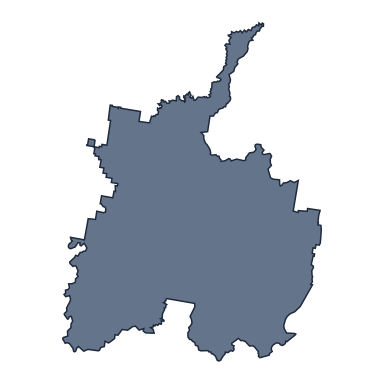 outline of Blue Mountains, New South Wales, Australia
{"feature_id": "25037944B17662775697590", "entity_name": "Blue Mountains", "entity_type": "district", "adm_level": 2, "iso_a3": "AUS", "parent_name": "Australia", "parent_adm1": "New South Wales", "projection": "mercator", "projection_center": [150.399, -33.632], "detail": "fine", "context": "isolated", "style": "filled", "palette": "slate", "viewbox_px": 384, "rotation_deg": 0, "n_neighbors": 0, "source": "geoboundaries", "source_scale": "gbopen_adm2", "svg_char_len": 5927}
<svg xmlns="http://www.w3.org/2000/svg" viewBox="0 0 384 384"><path d="M320.9,225.4L318.0,224.9L318.4,222.6L317.9,222.6L318.7,215.4L320.1,210.4L307.6,208.5L307.2,211.3L298.3,210.6L298.0,212.5L293.2,211.0L298.3,180.5L294.1,182.6L290.4,180.7L286.6,182.7L283.4,183.0L281.8,185.3L280.3,185.9L279.7,184.3L279.5,179.8L273.4,179.2L270.6,177.9L268.2,169.8L268.4,168.6L271.4,165.4L270.4,163.1L270.2,159.4L271.6,156.2L270.2,153.7L269.3,153.5L264.2,154.6L262.5,154.0L262.2,152.5L264.0,150.1L261.2,147.3L260.8,144.7L257.2,144.1L255.4,144.7L255.0,146.6L256.1,149.1L255.3,150.6L253.7,152.2L249.4,152.9L245.8,157.6L245.6,160.1L243.9,160.7L236.6,159.1L231.2,160.9L230.0,158.9L228.7,158.6L225.2,160.7L221.1,161.4L220.8,159.5L219.5,158.3L219.1,156.3L217.6,156.3L215.9,154.7L211.7,155.2L210.3,154.1L210.7,152.5L209.8,149.2L206.9,144.4L205.5,143.3L203.8,139.0L203.8,135.5L201.0,132.5L207.6,131.7L210.0,116.0L213.4,116.1L215.3,113.0L217.4,112.6L218.6,109.4L223.2,107.8L224.1,106.7L225.6,106.7L226.3,103.9L227.5,103.5L230.0,100.5L230.6,99.1L230.4,96.9L229.5,96.5L229.9,92.9L228.7,89.2L229.3,86.6L228.7,84.2L229.9,82.7L230.5,79.8L229.0,74.6L233.7,71.4L234.7,67.6L237.8,63.9L237.1,62.1L238.2,59.0L243.4,56.1L247.2,51.6L248.0,48.9L247.6,46.2L249.0,41.7L250.2,40.6L252.9,40.2L251.4,38.0L253.1,36.9L253.9,35.2L255.5,34.7L255.9,32.9L257.2,31.1L259.4,31.0L260.0,28.8L262.3,26.3L263.4,26.3L263.5,23.8L262.3,23.1L261.2,24.9L258.9,23.0L258.7,25.8L256.5,24.8L255.3,26.6L252.3,27.5L251.1,30.6L248.3,29.5L246.5,31.9L244.4,30.1L242.3,32.8L240.4,30.6L238.2,32.3L236.4,31.4L234.1,32.9L231.6,31.7L231.6,34.2L228.2,35.2L228.4,35.9L231.1,37.3L228.9,40.4L229.9,44.1L226.2,43.9L224.9,45.3L227.0,48.0L225.8,49.0L227.3,51.4L226.4,54.1L227.3,55.3L226.1,57.4L226.9,59.4L225.8,60.2L226.3,61.8L225.5,63.2L226.7,64.6L223.7,66.7L223.3,70.1L216.6,76.9L217.1,77.6L219.9,78.3L221.0,79.8L218.9,81.6L217.6,81.1L216.4,82.1L214.4,81.8L212.0,82.8L211.8,88.0L210.7,89.1L211.3,90.2L210.1,91.5L211.0,93.7L208.9,94.8L210.5,96.2L210.0,97.0L207.1,97.8L206.4,96.7L205.1,97.5L204.4,96.6L201.9,97.4L198.1,97.1L195.5,100.2L194.1,100.3L192.9,96.4L191.8,98.2L189.7,97.2L191.0,95.5L189.6,91.9L188.4,92.8L188.0,94.9L186.8,94.1L185.1,96.0L183.8,95.9L183.7,97.6L185.5,98.0L184.6,99.2L185.4,101.1L184.7,102.1L183.8,100.9L181.6,100.6L179.4,99.1L179.6,97.1L178.1,95.7L176.5,96.6L176.2,100.9L172.4,100.1L170.8,101.2L169.1,100.9L169.7,102.6L169.2,103.1L167.1,103.3L165.4,101.3L164.0,102.0L163.6,100.4L161.5,99.8L161.2,100.6L161.9,101.2L160.8,102.8L159.6,103.9L158.2,103.9L159.6,105.5L161.3,104.9L162.0,106.1L160.9,108.3L160.1,107.6L158.9,108.9L157.6,108.1L157.4,110.1L158.5,111.7L158.0,114.3L156.1,114.6L155.0,116.3L153.8,115.7L153.1,116.6L151.5,116.2L149.7,122.5L149.0,122.8L139.0,121.4L140.5,111.5L120.6,108.2L120.8,107.3L118.5,107.0L118.3,108.3L117.4,107.2L112.2,106.4L112.4,105.4L110.2,105.1L108.3,120.1L110.6,120.5L106.9,145.2L102.0,144.4L101.6,146.7L99.4,146.3L99.0,147.7L94.1,146.7L95.0,140.5L94.5,139.8L88.6,138.8L87.6,144.9L86.9,144.8L86.8,145.5L93.4,146.6L94.8,148.6L93.8,153.7L95.5,154.0L95.1,155.9L98.9,156.5L98.5,158.8L99.0,159.8L100.7,159.3L101.1,160.1L99.8,167.3L103.9,168.0L103.0,173.1L106.7,173.7L106.1,177.3L112.0,178.3L111.3,182.5L117.8,183.6L117.5,186.0L115.2,185.6L115.5,191.5L114.0,191.2L112.8,197.8L101.6,195.8L100.2,203.8L101.2,203.9L103.2,206.6L104.9,207.0L105.7,208.3L105.6,211.9L103.6,212.7L96.8,211.2L95.5,219.4L88.2,218.7L84.4,239.9L70.5,237.3L71.3,240.1L72.4,241.0L68.6,244.6L68.4,247.1L69.5,248.4L70.8,248.7L75.1,247.0L78.1,242.6L80.0,242.8L79.9,245.1L81.1,245.9L84.2,243.3L86.9,247.9L85.6,250.9L83.1,251.4L82.0,252.4L80.1,252.4L77.9,256.1L75.7,255.3L74.4,257.6L69.7,261.9L70.0,263.4L73.0,266.5L74.5,265.8L76.1,266.2L78.1,271.0L76.8,274.3L78.1,276.5L75.6,278.8L75.4,281.8L74.7,282.6L72.0,283.7L68.7,283.8L69.4,287.8L68.0,289.6L65.5,290.1L65.6,293.2L64.0,294.4L65.7,296.7L69.6,295.6L70.5,299.1L70.1,301.2L66.6,307.9L66.8,311.3L64.4,313.5L64.3,314.6L67.5,319.1L68.4,318.9L69.2,316.7L71.3,316.3L72.7,321.3L71.1,323.8L70.9,327.7L67.5,331.1L67.7,336.1L63.1,337.6L62.7,338.9L65.2,343.3L67.0,342.7L69.5,343.6L73.0,348.4L73.6,351.2L74.6,351.8L75.6,351.3L76.8,348.1L78.4,346.5L83.8,351.2L87.9,349.4L98.2,350.8L99.5,350.3L100.8,347.4L104.3,346.6L105.1,341.2L108.2,342.9L109.2,342.6L114.6,338.6L115.0,334.8L118.0,335.2L122.1,329.5L127.7,330.2L132.3,326.8L135.4,326.1L139.1,330.1L143.8,328.6L143.2,331.0L145.7,332.9L154.1,333.2L153.2,329.3L150.6,327.6L153.1,327.0L153.5,325.2L154.9,326.0L155.9,324.6L157.8,325.3L159.2,323.6L161.0,324.3L161.5,323.7L161.3,320.9L163.8,321.3L164.0,320.4L163.2,319.6L160.6,318.7L162.2,317.9L162.5,313.7L164.6,309.4L164.2,308.0L165.7,307.7L165.8,305.7L166.8,304.5L163.6,302.8L164.9,302.4L164.9,301.1L165.9,300.8L166.2,298.9L166.9,298.6L194.6,303.4L194.9,306.8L190.1,316.4L191.4,319.2L192.0,323.0L190.5,325.8L188.7,327.4L189.5,330.1L187.9,332.9L188.0,337.1L189.6,339.4L191.4,339.7L192.4,341.2L194.7,342.4L195.5,345.3L198.0,346.1L198.7,349.9L200.7,350.8L208.1,350.6L208.7,351.8L210.9,352.1L211.4,353.7L212.8,353.9L215.4,356.0L217.2,360.3L218.8,361.0L220.7,360.2L222.9,356.3L225.1,353.9L225.3,352.2L228.0,352.6L230.9,350.4L232.4,351.2L233.3,350.8L234.1,349.3L233.5,347.3L234.1,345.9L231.8,344.7L231.7,343.4L238.4,338.4L241.0,340.7L242.6,340.5L245.5,341.6L249.5,346.0L253.1,345.8L255.2,347.7L258.3,351.6L258.1,353.5L258.8,354.5L258.4,356.3L259.9,357.7L269.2,355.2L269.5,353.5L272.2,351.5L271.2,349.0L271.7,346.9L273.3,344.8L276.6,342.8L279.6,343.4L280.2,344.7L282.5,345.5L284.7,344.1L285.7,342.6L285.7,341.2L287.0,341.6L295.6,334.6L295.8,334.0L294.7,333.5L286.6,333.0L284.4,329.0L283.7,325.8L285.4,319.6L287.1,316.6L289.9,313.9L294.8,311.7L300.3,306.4L312.5,284.8L310.7,284.4L312.4,281.8L312.0,278.6L312.6,276.7L312.0,275.0L311.8,270.8L313.5,267.1L312.9,265.6L311.2,264.8L313.1,256.0L314.2,256.2L314.6,253.9L312.2,253.5L313.0,247.9L315.3,248.3L316.0,244.6L319.2,245.2L320.3,243.1L321.3,230.0L320.9,225.4Z" fill="#64748b" stroke="#1e293b" stroke-width="1.5"/></svg>